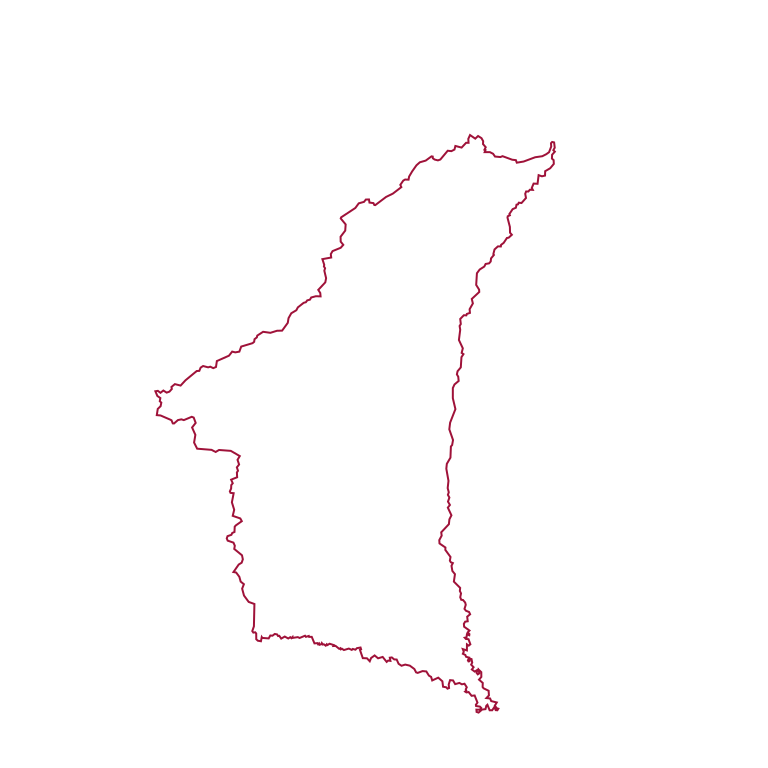 Uribe, Meta, Colombia (Mercator projection), rotated 19°
{"feature_id": "7082276B13422583014597", "entity_name": "Uribe", "entity_type": "district", "adm_level": 2, "iso_a3": "COL", "parent_name": "Colombia", "parent_adm1": "Meta", "projection": "mercator", "projection_center": [-74.312, 3.147], "detail": "fine", "context": "isolated", "style": "outline", "palette": "rose", "viewbox_px": 768, "rotation_deg": 19, "n_neighbors": 0, "source": "geoboundaries", "source_scale": "gbopen_adm2", "svg_char_len": 6165}
<svg xmlns="http://www.w3.org/2000/svg" viewBox="0 0 768 768"><g transform="rotate(19 384 384)"><path d="M170.2,465.3L173.6,469.1L177.1,470.1L177.6,473.3L179.5,474.1L180.0,477.7L178.2,481.2L179.3,487.4L183.0,486.5L193.5,487.3L194.9,487.5L197.1,490.0L198.3,489.7L200.9,485.2L203.9,483.4L206.5,483.3L212.9,477.6L215.0,477.7L218.6,482.1L216.7,487.6L222.2,493.5L223.5,501.2L228.4,506.0L242.4,502.4L246.9,503.1L249.5,500.1L260.9,497.1L271.1,499.1L270.2,503.4L273.2,507.3L272.0,510.7L274.2,513.6L273.7,515.5L275.5,520.0L270.6,524.2L273.3,527.1L272.5,529.3L273.5,532.7L273.2,535.7L274.3,536.9L277.4,536.2L278.7,545.4L283.3,551.7L283.9,557.9L291.9,557.9L294.2,560.0L289.9,566.0L289.3,567.5L290.8,572.6L289.0,574.3L288.8,576.3L285.6,578.8L285.6,581.2L287.2,583.0L293.3,583.0L295.6,585.5L296.1,588.7L305.5,592.2L307.6,595.7L307.6,599.3L305.4,602.0L302.9,610.8L305.6,610.4L310.0,613.4L312.8,617.5L316.7,618.9L316.5,623.7L320.5,629.6L327.0,634.1L333.1,634.2L339.9,655.5L339.9,660.5L341.4,661.6L343.1,660.7L344.4,661.5L346.3,666.9L348.3,667.8L351.4,667.3L350.8,663.1L351.6,663.7L357.8,662.1L358.4,658.8L360.5,658.3L362.1,655.9L364.5,655.6L365.9,656.8L367.0,656.2L369.7,658.2L372.4,655.1L376.3,655.8L377.8,653.9L379.2,654.5L379.9,653.0L380.3,653.8L384.9,651.4L386.9,651.6L391.3,647.7L392.5,648.5L394.9,646.7L395.5,647.5L398.0,646.6L402.7,651.9L405.4,650.7L406.3,651.5L407.0,650.4L407.9,651.6L409.3,650.6L409.5,649.2L410.9,650.3L411.8,649.7L414.1,650.4L414.6,648.7L415.6,649.2L417.1,647.3L421.6,647.2L421.5,648.2L423.5,647.4L427.9,649.0L428.8,648.0L429.6,648.9L430.4,648.0L432.7,648.6L436.9,645.6L440.1,645.9L440.7,644.7L443.5,644.5L444.4,642.6L447.6,640.8L448.7,642.3L447.8,643.2L453.2,650.1L457.2,648.9L460.8,650.8L461.0,647.3L463.5,643.7L467.7,645.3L471.6,642.5L477.0,645.9L478.0,644.1L480.2,643.7L478.6,640.9L480.4,640.0L483.3,641.1L485.7,640.4L488.9,643.8L492.3,644.7L495.4,642.4L500.1,641.9L505.5,643.6L508.2,646.2L509.9,646.2L513.9,642.9L517.6,642.0L521.4,645.1L523.9,645.6L526.1,648.6L530.9,644.0L536.0,646.1L538.4,651.0L541.7,650.5L543.2,651.4L544.5,650.3L543.0,647.0L542.9,642.5L545.8,641.8L549.0,644.6L552.6,642.1L555.4,642.6L557.7,641.2L561.0,643.8L560.7,646.0L561.6,647.1L560.8,648.4L562.3,648.8L564.3,647.7L568.3,650.3L571.1,649.0L576.1,654.8L575.3,657.4L575.9,658.5L579.7,657.8L581.3,658.6L580.6,660.8L577.4,661.8L578.3,663.9L580.4,663.9L582.7,659.9L585.8,658.4L585.5,654.9L586.2,653.6L590.1,658.1L592.5,657.3L593.5,653.6L595.8,656.0L597.4,655.6L597.8,653.8L596.2,653.9L593.5,652.0L594.3,648.4L588.6,648.9L586.7,646.8L583.1,647.6L584.6,644.3L582.8,640.0L577.2,639.3L575.9,638.4L574.7,634.5L570.1,632.6L571.4,629.3L569.8,624.8L566.8,623.4L568.2,626.7L567.2,628.0L565.6,627.0L565.4,623.9L563.4,626.4L560.0,625.3L560.9,622.6L557.8,621.0L558.1,618.7L556.3,615.6L554.7,615.8L555.1,618.3L554.2,618.8L553.3,618.0L553.6,615.0L550.4,615.2L549.1,613.7L546.4,613.4L546.6,611.2L544.8,609.0L549.1,608.9L547.2,603.2L549.3,603.8L550.4,602.0L547.0,597.8L544.4,598.4L543.0,597.6L544.5,596.7L543.9,593.7L546.4,593.8L546.2,592.7L544.0,591.6L545.1,589.3L538.8,587.4L537.6,584.8L538.1,582.3L540.4,581.1L538.4,576.9L540.4,573.7L538.7,571.9L535.3,571.7L533.3,570.4L533.2,566.2L531.9,564.2L529.0,562.5L527.3,562.9L525.5,560.8L525.0,556.9L523.1,555.0L522.4,552.0L514.4,548.1L513.0,540.7L509.5,538.5L507.0,533.9L507.4,530.9L505.2,530.8L503.8,529.6L503.2,525.9L496.0,520.9L495.3,518.6L488.4,516.7L487.1,513.6L487.9,508.6L486.4,505.6L491.0,495.4L489.9,490.7L490.5,486.2L484.6,480.1L485.7,476.9L482.8,474.4L482.8,470.1L480.5,468.0L480.5,465.3L478.1,461.7L476.5,454.6L470.5,443.8L469.4,439.0L470.8,432.0L467.6,421.3L468.3,419.5L467.5,414.5L460.5,405.6L459.1,399.0L459.7,384.5L453.7,375.0L450.4,365.4L450.8,361.5L453.6,356.8L451.8,352.9L449.8,351.2L449.4,348.0L451.2,343.3L448.5,333.4L449.4,329.9L447.3,329.3L446.9,324.6L440.5,318.0L438.4,307.9L436.6,304.5L437.1,302.3L434.9,297.7L437.1,293.0L439.5,292.3L439.5,290.8L442.1,288.8L440.6,285.4L441.8,278.9L439.3,275.0L444.1,266.0L443.2,263.8L438.9,260.3L435.8,249.0L437.2,244.6L440.6,240.3L441.0,237.4L444.1,235.7L445.0,233.4L444.3,230.4L445.9,226.2L445.1,225.6L444.7,220.8L446.9,216.8L449.7,215.9L449.4,214.3L451.2,211.6L452.7,205.9L454.2,205.1L456.3,201.3L453.9,199.9L451.9,194.5L446.6,186.5L446.4,185.1L448.1,183.5L447.2,182.5L448.7,176.8L451.3,174.4L450.9,171.3L452.2,170.5L452.4,168.7L455.1,168.1L457.7,161.9L455.6,158.2L455.7,155.7L457.8,155.0L458.7,152.8L461.5,152.0L459.9,150.5L460.2,145.8L464.0,144.7L462.2,136.2L465.7,136.2L468.4,134.5L467.1,130.3L470.9,125.9L472.9,120.6L471.5,117.1L469.4,116.2L468.3,112.5L469.9,108.7L468.0,107.8L468.5,105.0L466.2,100.2L464.2,100.4L463.5,102.0L464.8,105.0L464.6,111.1L462.6,113.9L459.5,117.1L453.1,120.4L443.6,128.2L437.5,131.5L435.8,129.4L432.2,130.2L421.9,130.0L420.2,131.5L414.9,132.8L412.2,130.8L408.7,130.3L403.7,132.0L403.8,129.8L402.7,129.8L403.1,127.0L399.5,124.9L398.7,122.1L396.1,119.8L392.2,118.9L390.4,122.3L384.3,120.6L383.9,124.8L385.4,128.4L383.1,129.2L380.4,135.2L374.0,135.7L374.3,139.4L371.9,141.9L368.3,142.7L364.2,153.4L362.2,155.0L358.8,155.3L356.7,154.7L356.0,153.1L354.8,153.3L350.7,159.2L345.7,162.7L343.5,166.6L341.4,173.8L340.2,179.7L340.7,182.8L337.4,183.8L336.0,185.4L334.6,190.4L336.3,192.2L330.4,201.1L325.1,206.4L317.5,217.7L316.6,217.9L315.1,216.4L311.2,217.2L309.7,214.4L306.8,215.5L305.8,218.3L301.3,221.4L299.6,226.9L289.2,240.4L289.2,241.6L295.8,245.6L297.4,251.6L295.0,258.9L296.7,263.5L300.2,265.7L298.7,269.3L292.1,275.1L291.4,278.5L292.9,281.6L285.1,286.0L288.7,290.8L288.9,292.4L290.6,293.7L290.7,296.3L294.8,302.8L295.4,307.0L291.2,316.4L294.1,318.7L295.5,321.8L291.0,323.2L287.0,325.9L286.5,328.4L284.2,329.9L283.5,332.1L281.6,333.4L277.6,339.6L277.1,342.8L273.3,347.3L272.3,352.8L273.1,357.5L270.3,366.7L265.5,368.5L259.9,372.6L252.7,374.0L248.4,379.5L248.6,381.3L247.0,383.8L247.5,386.4L246.4,388.2L236.8,395.1L236.7,400.5L233.1,402.5L229.9,402.8L228.2,407.7L218.5,416.7L219.6,422.6L217.4,424.6L214.1,424.2L212.3,425.5L207.1,425.9L205.3,428.2L205.1,431.7L202.7,432.7L195.1,445.1L192.2,451.7L186.3,452.2L184.0,456.0L185.0,457.8L183.6,461.1L181.3,462.9L177.5,462.0L175.5,465.1L172.4,464.1L170.2,465.3Z" fill="none" stroke="#9f1239" stroke-width="2"/></g></svg>